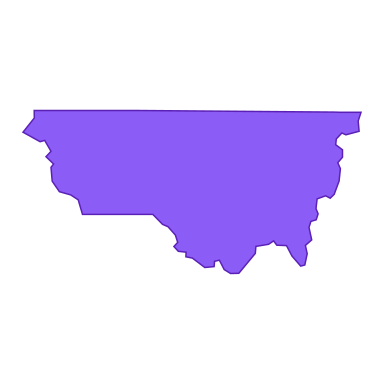 outline of Pitkin, Colorado, United States of America
{"feature_id": "52423323B63555126894288", "entity_name": "Pitkin", "entity_type": "district", "adm_level": 2, "iso_a3": "USA", "parent_name": "United States of America", "parent_adm1": "Colorado", "projection": "mercator", "projection_center": [-106.839, 39.172], "detail": "fine", "context": "isolated", "style": "filled", "palette": "violet", "viewbox_px": 384, "rotation_deg": 0, "n_neighbors": 0, "source": "geoboundaries", "source_scale": "gbopen_adm2", "svg_char_len": 934}
<svg xmlns="http://www.w3.org/2000/svg" viewBox="0 0 384 384"><path d="M137.5,110.5L34.2,110.5L34.3,118.0L23.0,132.2L40.1,141.7L44.7,140.4L51.0,151.3L46.0,156.7L53.6,164.0L51.0,167.3L52.2,181.2L59.4,191.7L70.7,194.9L78.2,199.8L82.5,214.4L152.8,214.4L162.6,224.4L168.0,226.7L175.4,235.1L177.7,242.4L173.9,246.5L178.3,251.3L186.1,252.2L185.9,256.8L192.4,258.1L204.8,267.5L214.1,266.6L214.6,261.3L219.4,260.2L224.2,269.6L230.6,273.5L238.8,273.3L255.3,253.4L255.9,246.4L268.6,244.3L273.6,240.9L276.8,245.2L286.5,245.6L292.0,256.1L300.7,266.1L304.8,265.0L307.2,253.7L305.4,245.4L311.7,239.9L309.0,227.4L310.9,221.4L316.2,219.8L318.1,213.8L316.0,208.7L317.1,198.9L325.6,195.8L330.2,198.2L334.2,194.3L339.1,181.0L340.4,168.7L337.8,162.7L342.5,157.2L342.5,149.8L335.7,144.7L336.3,138.9L341.9,133.0L345.9,134.8L359.1,131.3L358.2,121.0L361.0,112.3L340.5,112.3L334.0,112.1L137.5,110.5Z" fill="#8b5cf6" stroke="#5b21b6" stroke-width="1.5"/></svg>